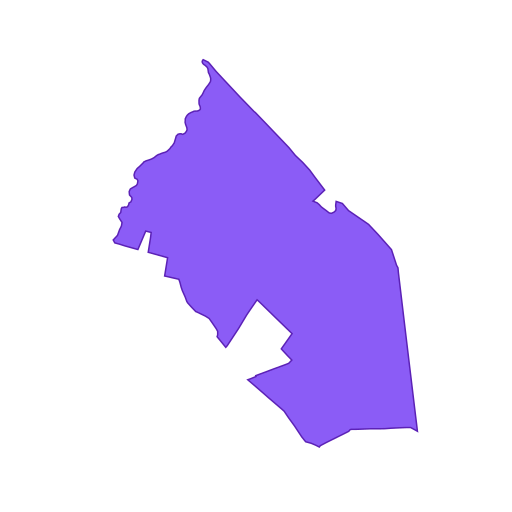 Zarand, Arad, Romania (Robinson projection), rotated 259°
{"feature_id": "2599482B71150188153613", "entity_name": "Zarand", "entity_type": "district", "adm_level": 2, "iso_a3": "ROU", "parent_name": "Romania", "parent_adm1": "Arad", "projection": "robinson", "projection_center": [21.561, 46.439], "detail": "fine", "context": "isolated", "style": "filled", "palette": "violet", "viewbox_px": 512, "rotation_deg": 259, "n_neighbors": 0, "source": "geoboundaries", "source_scale": "gbopen_adm2", "svg_char_len": 3212}
<svg xmlns="http://www.w3.org/2000/svg" viewBox="0 0 512 512"><g transform="rotate(259 256 256)"><path d="M458.8,241.6L458.4,241.1L457.8,240.6L456.9,240.2L456.0,240.3L455.1,240.6L454.1,241.2L452.8,242.5L450.7,244.0L449.1,244.5L446.8,244.4L445.1,244.3L443.6,244.8L440.5,245.3L438.9,245.4L436.7,244.9L435.7,244.4L433.2,242.0L431.0,239.4L428.4,236.8L425.9,235.0L424.5,233.9L423.4,232.6L421.6,230.5L419.9,229.8L418.3,229.5L416.7,229.2L415.4,229.2L413.3,229.7L411.9,229.6L410.8,229.4L410.2,228.7L409.7,227.4L409.5,226.0L410.0,222.9L409.6,221.4L409.3,219.7L408.5,217.2L407.5,215.6L406.3,214.3L404.1,212.7L402.5,212.4L400.7,211.9L398.7,212.0L395.1,212.6L393.0,212.4L391.6,211.4L390.1,209.7L389.7,208.4L389.4,207.3L389.9,206.3L390.3,205.8L390.5,204.2L390.4,202.6L389.8,201.8L389.0,200.6L386.8,199.5L382.6,197.3L382.1,196.8L380.2,194.9L379.1,193.2L377.9,192.1L377.0,190.7L375.8,188.8L375.2,186.9L375.0,184.5L374.7,182.4L374.4,181.3L374.2,179.4L373.5,177.5L372.0,174.7L371.4,172.8L371.1,171.8L370.6,168.4L370.4,166.2L370.0,165.1L369.9,164.1L369.3,163.5L367.0,160.1L366.0,158.6L365.3,157.3L364.5,156.0L361.6,153.1L359.8,152.2L358.7,151.7L356.6,151.8L355.6,151.9L355.0,152.7L354.1,153.9L352.5,154.4L351.4,154.1L349.2,153.2L348.0,151.9L347.2,149.6L346.7,148.0L345.8,145.5L344.8,144.7L343.4,143.8L341.6,143.6L340.0,143.5L338.4,144.5L337.2,145.2L335.4,145.1L333.0,143.5L332.3,141.5L330.5,140.7L328.9,139.3L328.6,137.9L328.9,137.1L329.2,136.3L329.1,136.0L329.0,135.8L329.2,133.7L328.3,132.9L327.1,132.4L324.5,131.5L323.1,129.6L322.1,129.0L321.1,128.4L318.4,129.3L314.5,130.9L311.1,129.6L309.0,128.0L308.2,127.3L302.7,124.0L299.0,118.9L295.8,119.9L293.7,124.2L290.9,129.3L287.5,136.1L285.1,140.9L284.9,141.3L301.5,152.5L299.1,157.6L293.9,155.9L280.2,150.9L271.2,168.9L253.8,162.5L247.9,175.8L244.6,176.3L239.6,176.6L236.0,177.1L229.1,178.7L224.6,179.4L223.0,180.0L218.5,182.7L212.9,186.3L212.3,187.3L206.7,194.8L203.6,198.1L199.6,199.9L195.9,201.5L192.2,203.1L189.3,204.0L185.8,203.3L184.2,202.4L172.1,208.9L173.4,210.6L188.0,224.9L200.0,235.7L204.7,240.4L212.8,248.7L212.3,249.1L210.0,250.8L192.4,263.0L172.9,276.6L160.0,263.1L157.7,264.5L152.2,267.9L147.0,271.3L144.4,267.6L143.7,263.8L141.9,252.6L139.4,237.7L138.6,232.9L137.7,233.0L136.6,227.6L136.1,224.3L121.5,235.8L114.4,241.3L100.4,252.4L98.3,254.0L90.8,257.2L81.8,261.4L69.7,266.4L65.3,268.7L64.1,269.4L63.4,270.9L61.6,274.5L58.9,278.5L56.4,281.7L57.0,282.3L57.6,283.1L59.5,289.4L66.2,313.6L67.5,315.1L67.7,316.2L67.0,319.9L66.4,323.5L64.5,335.8L62.8,344.4L61.9,349.6L61.2,355.6L60.2,362.6L59.1,369.9L58.1,375.1L55.3,378.5L53.2,381.0L53.4,381.0L56.9,381.3L60.9,381.6L69.6,382.2L145.6,387.7L212.4,392.6L217.3,393.1L220.1,392.2L236.4,390.2L253.9,379.9L264.8,373.0L265.5,372.6L282.9,355.5L291.1,350.8L294.3,345.1L291.0,344.0L289.6,343.7L288.2,343.7L287.0,343.6L285.4,342.9L284.2,341.0L283.7,339.0L283.5,338.1L284.0,336.8L284.4,336.0L287.3,333.5L290.9,330.2L292.0,329.3L294.5,327.8L296.6,326.1L297.6,324.5L299.0,322.4L300.2,324.5L307.6,336.0L314.7,332.5L321.8,329.0L330.1,325.1L339.1,319.6L347.2,313.8L356.1,309.0L381.2,292.9L397.0,282.7L398.1,281.7L415.0,270.7L444.7,252.1L453.6,247.2L455.4,246.1L458.8,241.6Z" fill="#8b5cf6" stroke="#5b21b6" stroke-width="1.5"/></g></svg>